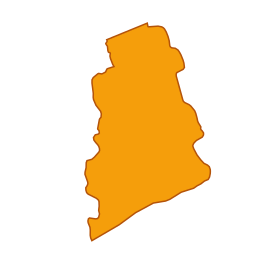 the Department of Borgou, rotated 157°
{"feature_id": "BEN-2169", "entity_name": "Borgou", "entity_type": "Department", "adm_level": 1, "iso_a3": "BEN", "parent_name": "Benin", "parent_adm1": "", "projection": "natural_earth1", "projection_center": [2.675, 9.701], "detail": "medium", "context": "isolated", "style": "filled", "palette": "amber", "viewbox_px": 256, "rotation_deg": 157, "n_neighbors": 0, "source": "natural_earth", "source_scale": "10m", "svg_char_len": 1839}
<svg xmlns="http://www.w3.org/2000/svg" viewBox="0 0 256 256"><g transform="rotate(157 128 128)"><path d="M205.3,38.4L205.3,41.4L204.7,44.0L202.6,48.8L201.8,51.4L201.7,56.3L201.2,58.1L199.9,59.9L198.6,60.2L193.3,57.0L191.6,56.6L190.0,57.2L187.8,60.0L187.2,63.6L185.1,67.3L183.4,71.7L183.5,73.5L184.6,75.7L190.3,82.4L191.0,83.6L191.3,85.1L191.0,87.3L190.2,89.5L188.0,91.0L186.7,92.4L186.2,94.0L185.7,102.2L184.8,104.1L182.1,107.8L180.0,112.4L178.5,114.0L173.5,113.3L170.3,114.3L164.3,117.2L163.0,118.3L162.3,120.2L162.1,122.4L162.4,124.3L163.4,127.3L164.1,130.2L163.5,132.7L160.8,134.5L157.7,134.0L156.4,134.5L155.7,136.9L156.3,138.7L156.2,139.2L151.1,146.9L150.5,147.5L148.6,148.5L147.0,151.5L146.7,154.1L148.6,161.5L148.6,167.7L148.1,169.7L146.4,173.5L143.6,183.4L142.3,186.4L140.3,188.0L134.6,189.7L133.7,189.7L131.1,188.1L130.2,188.0L126.8,188.3L124.4,190.5L123.3,190.6L116.9,190.0L117.2,192.6L117.0,198.7L116.5,201.3L115.1,203.7L115.3,204.5L116.0,204.9L116.4,205.6L116.3,207.0L115.0,211.3L115.5,213.6L115.4,214.5L113.6,215.7L113.1,216.4L113.1,217.6L69.3,217.0L70.0,213.6L69.5,213.1L60.5,210.0L57.4,207.9L56.3,206.4L55.7,204.9L55.3,201.4L55.4,196.6L56.0,192.2L57.4,187.4L57.3,186.0L56.4,184.7L53.3,182.9L51.5,180.2L51.0,177.7L50.7,174.6L50.8,169.1L51.2,165.9L52.4,161.7L54.2,160.5L61.5,159.9L62.6,158.8L63.3,157.0L66.6,132.3L66.6,130.9L65.8,129.2L62.7,125.7L61.6,123.7L59.9,117.9L59.9,115.0L60.6,110.0L61.2,107.2L61.2,105.3L60.5,100.6L61.4,99.0L61.5,98.1L60.8,96.2L60.4,94.0L60.9,92.7L61.5,91.8L63.2,90.6L69.9,89.8L73.2,88.4L74.5,87.3L75.4,86.2L75.6,83.1L75.0,76.2L73.5,70.3L71.9,65.8L69.3,62.8L68.3,60.6L68.5,57.7L69.0,56.2L70.0,54.1L72.1,51.0L74.3,49.3L78.3,49.3L82.7,48.1L86.9,47.8L91.1,46.9L104.1,48.1L117.4,46.0L121.9,46.1L134.0,49.0L154.0,47.1L173.9,42.4L205.3,38.4Z" fill="#f59e0b" stroke="#b45309" stroke-width="1.5"/></g></svg>